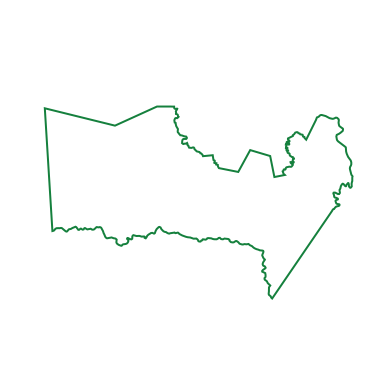 Valle Del Guamuez, Putumayo, Colombia, rotated 188°
{"feature_id": "7082276B97476971281230", "entity_name": "Valle Del Guamuez", "entity_type": "district", "adm_level": 2, "iso_a3": "COL", "parent_name": "Colombia", "parent_adm1": "Putumayo", "projection": "albers", "projection_center": [-76.929, 0.422], "detail": "fine", "context": "isolated", "style": "outline", "palette": "green", "viewbox_px": 384, "rotation_deg": 188, "n_neighbors": 0, "source": "geoboundaries", "source_scale": "gbopen_adm2", "svg_char_len": 6020}
<svg xmlns="http://www.w3.org/2000/svg" viewBox="0 0 384 384"><g transform="rotate(188 192 192)"><path d="M270.2,134.4L269.4,134.4L265.3,135.8L263.2,135.3L261.8,135.3L261.2,135.2L260.0,134.4L259.9,131.7L259.3,130.6L257.4,129.5L255.3,129.0L254.5,128.9L253.9,129.3L253.6,130.0L252.9,130.6L250.4,131.3L249.4,131.9L248.8,132.6L248.3,133.8L248.2,134.9L248.6,135.6L249.8,136.6L249.7,137.2L249.4,137.5L248.9,137.5L246.8,136.7L245.3,136.7L244.7,137.4L244.9,139.8L244.5,140.7L244.0,141.1L241.0,140.7L237.7,141.2L235.8,140.8L233.2,141.3L232.7,141.1L232.5,140.0L231.4,139.7L230.8,140.7L230.2,142.5L229.2,143.7L226.7,145.8L225.5,146.0L223.8,145.5L223.1,146.0L222.5,148.7L221.8,150.4L220.1,152.6L219.3,152.9L218.2,152.5L217.1,150.9L214.9,149.2L213.8,148.8L211.9,148.6L210.6,147.9L209.6,147.7L208.8,147.6L207.9,148.1L203.6,149.4L203.0,149.0L202.4,149.0L200.4,149.8L199.9,149.7L198.7,148.7L195.6,147.6L191.8,146.8L189.9,146.6L187.4,146.7L184.0,146.0L181.2,146.5L180.1,145.9L179.2,145.0L178.8,144.2L178.2,144.0L177.1,144.0L176.6,144.2L176.1,145.1L175.1,145.6L175.0,146.3L174.6,146.7L171.9,146.7L171.5,146.9L170.8,147.5L170.5,148.2L169.7,148.6L166.5,148.8L165.0,148.4L163.6,148.3L161.0,148.6L159.9,149.4L159.2,150.2L158.1,150.5L156.7,149.5L155.5,149.4L154.5,149.6L153.4,150.4L149.6,150.5L148.4,150.0L148.1,149.0L147.1,148.2L146.5,147.8L145.0,147.7L143.9,147.9L143.5,148.1L142.4,149.1L141.6,149.6L140.9,149.6L139.1,148.7L137.7,147.4L135.1,147.0L134.2,147.1L132.9,147.7L130.7,147.8L128.8,148.4L127.3,147.4L125.0,146.7L123.8,145.8L122.3,145.0L120.3,144.4L118.1,144.1L116.8,143.7L113.9,143.8L113.3,143.6L113.0,143.1L113.0,142.0L113.6,139.7L113.6,138.9L112.4,137.0L111.4,135.8L110.6,135.4L110.4,135.1L111.7,132.4L112.0,131.0L111.9,130.0L111.3,129.1L111.0,128.9L109.6,128.5L108.6,127.4L108.6,126.9L108.8,126.6L110.8,124.8L111.5,123.7L111.4,122.9L108.2,121.9L107.7,120.4L107.4,118.8L107.5,117.8L108.2,116.8L108.0,115.8L107.7,115.3L105.4,114.0L104.3,112.3L101.5,110.3L102.5,108.3L102.0,104.2L101.9,101.7L101.4,100.8L99.6,99.7L98.8,98.4L97.8,97.7L50.6,192.9L50.3,193.8L49.6,194.8L49.0,194.9L48.2,196.4L47.4,197.4L46.4,198.0L45.0,198.5L44.3,199.0L44.1,199.6L44.2,200.1L44.5,200.3L46.7,200.4L47.5,200.8L47.7,201.1L48.5,202.6L48.6,203.5L47.9,204.3L46.7,204.8L46.5,205.1L46.5,205.4L46.8,205.8L48.3,206.3L49.4,206.3L50.4,206.9L50.6,207.4L50.9,208.6L51.8,210.2L51.7,211.0L51.3,211.2L50.1,211.3L47.1,210.3L46.0,210.5L45.4,211.7L46.2,214.5L45.6,216.0L45.4,218.5L44.6,220.5L43.8,221.2L43.1,221.0L41.4,219.4L40.8,219.1L40.4,219.1L40.2,219.3L40.2,220.2L38.8,222.5L38.5,222.6L38.2,222.4L37.7,221.2L37.4,219.6L36.8,218.8L35.9,218.2L35.6,218.3L35.2,218.6L34.6,219.7L35.1,222.4L35.0,224.1L34.8,225.1L35.3,228.7L35.2,229.9L36.6,231.3L38.7,236.4L39.0,237.6L38.9,238.8L38.3,240.4L38.1,241.6L38.4,243.6L39.2,245.3L42.3,248.5L44.1,251.4L45.0,253.5L45.9,257.6L46.9,258.3L54.4,262.5L55.5,263.5L55.9,264.3L56.8,267.1L56.6,268.7L54.5,270.1L53.2,271.3L51.3,273.4L51.1,274.7L51.4,275.7L55.1,277.7L55.7,278.6L56.5,280.9L56.6,283.7L57.1,284.6L58.6,285.6L59.8,285.7L62.0,284.3L63.2,284.0L66.1,284.3L70.2,285.8L74.0,286.3L75.0,286.2L76.2,285.4L76.7,284.5L77.7,283.7L78.7,283.2L79.3,280.5L86.2,259.7L88.0,261.1L88.4,262.2L89.4,262.2L89.8,262.5L90.1,263.1L90.2,263.7L90.5,264.1L92.9,264.2L93.6,265.0L94.8,265.0L95.6,265.8L96.4,265.9L98.0,265.2L98.9,263.4L100.0,262.3L99.9,261.5L104.4,258.4L104.4,257.8L104.1,257.1L102.8,256.5L102.5,255.9L102.7,255.4L103.3,255.0L104.3,255.1L104.8,254.9L105.1,254.7L105.1,253.9L104.6,253.6L104.1,253.6L103.5,254.2L103.0,254.1L102.3,253.0L102.5,252.5L102.8,252.4L103.1,252.5L103.4,253.1L103.8,253.2L104.7,252.9L105.6,252.8L105.7,251.8L105.0,251.5L104.8,251.1L105.2,250.0L105.1,248.4L104.6,248.2L104.0,249.0L103.7,249.0L103.6,248.6L104.1,248.1L104.4,247.5L104.2,246.4L103.8,246.0L103.6,246.0L103.1,246.5L102.7,246.6L102.5,246.2L103.1,245.7L103.2,245.3L102.8,244.3L102.2,243.9L101.3,243.9L100.7,243.5L100.5,242.4L100.0,241.6L97.8,240.5L97.1,240.6L96.8,239.7L95.7,239.5L95.6,239.1L96.6,238.1L96.7,237.1L96.6,236.8L95.5,236.0L95.4,235.5L95.7,235.0L96.0,235.0L98.1,235.5L98.6,235.3L98.4,234.7L98.1,234.4L96.9,233.6L96.1,233.3L95.9,233.0L96.0,232.6L96.9,231.1L97.5,230.7L99.3,230.6L101.9,229.6L102.4,228.8L102.6,227.4L102.8,227.2L103.8,227.3L104.3,227.0L104.4,225.8L105.1,225.1L105.0,224.9L103.7,222.5L102.8,222.1L102.4,221.8L112.5,218.3L119.6,238.5L140.2,241.6L149.0,218.3L168.7,219.4L169.9,221.0L170.2,222.4L171.9,222.6L171.9,223.9L173.5,223.8L174.0,224.0L174.0,224.7L173.7,225.4L173.7,225.9L174.0,226.3L175.2,226.7L176.6,231.3L186.1,229.0L186.8,230.3L188.3,231.5L189.1,231.5L189.4,232.0L190.2,232.6L193.0,232.9L194.5,234.1L195.4,234.6L195.8,235.7L196.5,236.3L197.2,236.3L198.6,235.6L201.0,235.5L201.8,236.7L201.9,237.2L202.2,237.5L202.7,237.6L203.0,238.0L203.3,239.3L203.7,239.9L204.7,239.0L205.6,239.0L207.3,238.3L207.6,238.4L208.7,239.1L208.6,239.8L208.8,240.9L208.6,242.4L208.4,242.8L207.6,243.4L205.2,243.7L204.7,244.3L204.6,244.9L205.4,246.0L205.7,245.9L206.3,246.1L207.5,246.1L209.8,246.6L211.5,246.6L211.6,246.8L212.8,247.7L213.3,248.4L214.3,249.1L214.6,250.0L214.7,252.4L216.7,254.9L217.7,257.3L217.7,258.0L218.1,258.3L218.8,258.4L219.4,260.2L219.4,261.1L219.1,262.1L218.9,262.6L218.1,263.1L217.1,263.0L216.0,264.1L215.8,264.5L216.3,264.7L216.7,266.1L217.0,266.6L217.9,267.0L218.7,267.0L218.8,267.2L218.8,268.6L219.2,269.5L219.2,269.8L218.3,271.8L218.2,272.4L218.5,272.5L219.4,271.9L220.9,272.2L221.3,272.7L221.6,274.1L238.5,271.8L277.5,247.0L349.4,254.4L324.8,133.9L323.6,134.4L323.1,134.9L322.1,136.6L321.0,137.3L319.4,137.6L318.2,137.7L316.7,138.2L315.8,138.1L312.1,135.8L311.0,135.3L310.2,135.6L308.8,137.8L308.3,138.1L306.9,138.5L305.4,139.7L302.5,141.4L301.9,141.2L301.5,140.9L299.3,138.7L298.4,138.9L297.4,140.1L296.9,140.3L295.2,139.5L294.2,139.8L293.5,141.2L293.0,141.4L290.5,140.4L287.2,141.5L285.6,140.8L284.2,141.1L283.6,141.5L281.7,143.9L280.8,144.0L279.3,144.0L278.5,144.4L277.6,144.3L276.9,143.9L274.7,140.9L273.7,138.8L273.0,137.9L271.8,135.8L271.4,135.3L270.2,134.4Z" fill="none" stroke="#15803d" stroke-width="2"/></g></svg>